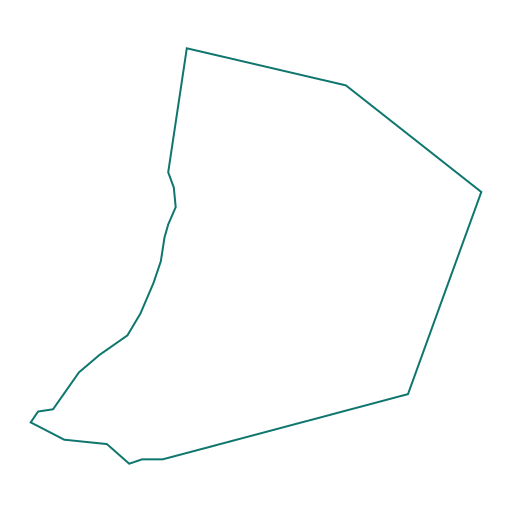 Cenac, Soufrière, Saint Lucia (Natural Earth projection)
{"feature_id": "8701671B19367701502123", "entity_name": "Cenac", "entity_type": "district", "adm_level": 2, "iso_a3": "LCA", "parent_name": "Saint Lucia", "parent_adm1": "Soufrière", "projection": "natural_earth1", "projection_center": [-61.044, 13.872], "detail": "fine", "context": "isolated", "style": "outline", "palette": "teal", "viewbox_px": 512, "rotation_deg": 0, "n_neighbors": 0, "source": "geoboundaries", "source_scale": "gbopen_adm2", "svg_char_len": 441}
<svg xmlns="http://www.w3.org/2000/svg" viewBox="0 0 512 512"><path d="M186.8,48.3L168.2,172.3L173.8,187.5L175.7,207.1L168.2,224.5L164.5,237.5L160.8,261.4L153.4,283.2L140.4,313.6L127.4,335.4L99.5,354.9L79.0,372.3L53.0,409.3L38.2,411.5L37.2,412.8L30.7,422.4L64.2,439.7L106.9,444.1L129.2,463.7L142.2,459.3L162.7,459.3L176.8,455.6L408.0,394.1L440.6,304.1L481.3,192.0L345.9,85.4L186.8,48.3Z" fill="none" stroke="#0f766e" stroke-width="2"/></svg>